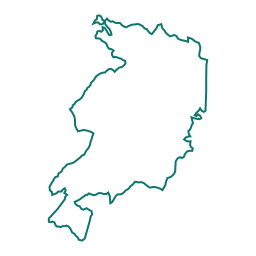 Eugênio de Castro, Rio Grande do Sul, Brazil
{"feature_id": "56859067B78433093473596", "entity_name": "Eugênio de Castro", "entity_type": "district", "adm_level": 2, "iso_a3": "BRA", "parent_name": "Brazil", "parent_adm1": "Rio Grande do Sul", "projection": "natural_earth1", "projection_center": [-54.267, -28.578], "detail": "fine", "context": "isolated", "style": "outline", "palette": "teal", "viewbox_px": 256, "rotation_deg": 0, "n_neighbors": 0, "source": "geoboundaries", "source_scale": "gbopen_adm2", "svg_char_len": 3699}
<svg xmlns="http://www.w3.org/2000/svg" viewBox="0 0 256 256"><path d="M207.2,60.0L200.9,58.2L199.2,56.0L199.4,52.8L200.1,50.2L200.3,47.5L199.7,45.3L198.8,42.9L195.4,41.6L191.8,38.8L188.1,37.5L188.1,41.8L186.1,41.1L183.8,40.6L181.3,40.1L178.1,38.8L176.5,36.1L174.0,35.0L170.2,36.4L167.0,34.0L165.4,32.1L164.3,30.4L162.2,28.0L161.3,24.2L157.8,25.2L156.3,28.4L154.4,30.8L153.2,32.5L151.7,34.1L149.8,33.0L148.1,31.1L146.7,29.0L144.8,28.6L142.7,26.2L140.3,24.8L137.8,23.9L135.5,24.4L133.0,24.5L130.3,25.3L128.1,26.2L126.1,27.3L123.9,26.5L121.9,25.2L119.9,22.9L117.7,23.0L115.3,22.8L112.8,21.3L110.9,21.8L108.9,20.6L107.0,18.6L104.7,21.2L105.4,24.5L107.7,27.3L109.5,29.1L110.8,31.8L111.5,34.7L109.5,35.3L108.2,33.6L106.3,30.2L104.5,27.8L102.6,27.2L102.9,30.3L101.3,31.7L99.3,30.9L97.3,31.6L96.9,33.7L95.4,36.1L96.0,38.3L97.9,38.4L100.3,38.8L101.7,40.7L104.7,42.3L106.4,43.8L107.2,46.0L108.9,48.7L111.5,49.2L113.6,50.6L111.9,52.8L112.0,55.0L113.4,57.3L115.8,56.9L119.2,58.2L121.7,59.0L123.2,60.3L125.2,61.0L125.5,63.6L123.6,65.8L121.7,67.1L119.3,67.5L116.5,69.8L114.7,71.8L113.4,70.3L111.7,69.2L109.4,68.9L106.8,70.6L105.1,72.5L103.2,72.6L100.8,73.3L98.6,74.6L97.0,75.6L95.6,77.0L94.3,79.4L92.4,81.5L91.0,82.9L90.4,85.0L89.1,86.8L87.4,87.8L86.5,89.9L84.9,91.1L83.6,94.4L82.1,97.2L80.1,99.2L77.7,100.5L75.5,102.2L74.4,104.2L72.7,105.3L72.4,107.4L69.9,109.2L71.2,111.0L72.5,112.9L73.7,115.3L74.6,117.3L74.9,120.0L75.0,122.7L75.2,125.8L76.5,128.6L78.0,131.3L80.7,130.7L83.6,129.9L87.0,130.6L91.3,132.0L93.5,133.4L92.4,136.1L91.6,139.1L90.5,141.8L90.0,144.8L88.6,147.9L86.4,150.5L85.2,152.6L84.2,154.7L82.0,155.5L80.1,157.5L77.5,159.6L74.5,162.0L72.1,163.2L69.9,163.7L67.0,164.5L65.0,166.8L62.8,168.6L61.9,170.9L60.5,172.3L58.5,173.4L57.8,176.4L55.5,177.0L54.1,178.8L53.0,181.1L51.3,183.5L49.5,186.9L49.9,190.4L51.9,192.1L52.2,194.9L56.6,193.2L58.2,191.6L61.4,191.5L63.0,189.4L64.8,188.3L65.7,190.6L64.3,192.9L67.1,194.8L65.2,196.8L64.8,199.3L57.8,208.8L50.9,216.3L48.8,218.5L48.9,221.8L50.8,222.2L52.6,221.6L54.4,222.3L55.4,224.9L56.8,226.5L58.7,226.5L60.5,227.2L62.3,226.2L64.6,226.1L66.4,225.6L68.2,226.4L69.9,228.0L71.0,229.8L72.1,232.4L74.5,233.9L76.0,236.0L77.6,237.2L78.9,239.8L82.0,240.6L84.6,238.8L85.4,236.5L86.0,234.2L89.1,223.3L89.9,220.4L90.6,216.7L92.1,214.3L91.5,211.1L89.1,209.9L86.5,208.2L83.6,209.7L81.1,208.6L79.8,206.4L77.3,205.6L75.7,204.2L74.6,202.0L77.3,200.7L79.7,199.5L81.8,197.8L83.8,196.6L85.4,195.1L87.3,194.9L88.9,193.4L91.1,194.3L93.6,195.2L96.0,194.7L98.1,193.3L100.5,193.0L103.7,194.0L106.3,194.0L108.3,192.6L109.8,196.2L110.3,203.2L112.0,202.2L113.4,200.1L114.5,198.2L115.8,196.0L117.5,194.4L119.8,194.4L121.6,194.0L123.7,192.6L125.9,190.3L128.6,188.7L130.4,186.2L132.8,184.5L135.1,181.7L138.5,182.4L141.7,182.2L143.8,183.1L145.5,184.4L147.7,186.2L149.5,187.5L151.5,187.4L153.5,186.9L156.2,187.3L160.1,188.6L162.4,190.1L165.4,185.1L166.0,181.7L167.4,178.1L170.8,177.0L173.4,174.6L175.2,171.5L175.3,168.2L175.5,165.0L175.7,161.4L177.6,158.4L180.0,157.2L181.7,158.1L183.8,157.0L185.1,153.9L186.8,151.6L189.6,150.7L192.2,150.9L192.8,148.5L190.7,146.7L190.1,144.5L190.6,141.3L187.8,141.4L186.0,140.7L184.1,139.4L185.5,137.7L187.8,136.6L190.2,136.4L188.7,133.6L188.4,131.0L189.9,129.6L191.0,127.7L191.8,124.8L193.0,123.2L192.2,120.4L191.5,117.3L194.0,118.2L196.9,118.8L199.4,119.2L201.2,118.3L200.3,116.0L198.1,114.4L196.4,116.0L194.7,115.3L196.5,112.7L198.6,110.8L200.1,108.4L201.7,110.8L203.8,111.9L205.5,110.7L206.2,91.3L206.2,85.9L206.2,76.2L206.3,73.6L206.3,70.4L206.4,65.2L207.2,60.0ZM104.7,21.2L102.3,19.6L101.3,16.7L99.2,15.4L97.2,15.8L97.0,18.9L94.8,20.7L93.4,23.6L95.6,22.6L98.1,22.4L99.9,24.3L102.6,24.2L104.7,21.2Z" fill="none" stroke="#0f766e" stroke-width="2"/></svg>